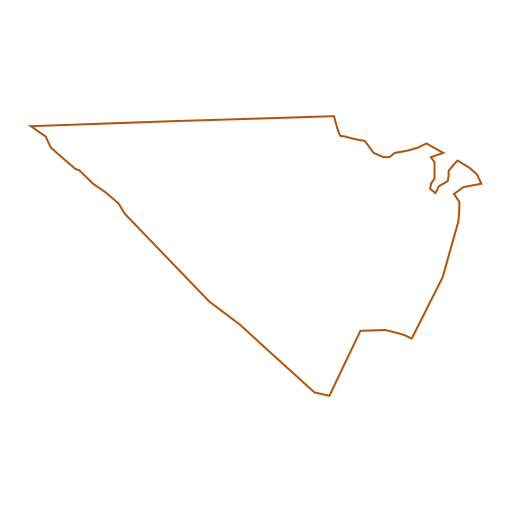 outline of Carjew, Chardzhou, Turkmenistan
{"feature_id": "10190150B55240389541589", "entity_name": "Carjew", "entity_type": "district", "adm_level": 2, "iso_a3": "TKM", "parent_name": "Turkmenistan", "parent_adm1": "Chardzhou", "projection": "natural_earth1", "projection_center": [63.051, 38.709], "detail": "fine", "context": "isolated", "style": "outline", "palette": "amber", "viewbox_px": 512, "rotation_deg": 0, "n_neighbors": 0, "source": "geoboundaries", "source_scale": "gbopen_adm2", "svg_char_len": 1435}
<svg xmlns="http://www.w3.org/2000/svg" viewBox="0 0 512 512"><path d="M223.8,312.5L240.1,324.8L259.4,342.5L267.5,349.9L314.4,392.4L329.4,395.8L329.8,395.0L333.9,386.3L339.2,375.2L339.6,374.3L360.4,330.9L361.2,330.8L384.2,330.0L385.2,330.0L395.8,332.6L399.7,333.7L404.6,335.2L408.2,336.9L411.7,338.6L442.6,277.3L454.0,236.9L458.4,221.4L459.3,210.2L459.3,205.5L459.3,201.7L454.1,194.2L453.9,194.0L463.6,187.1L468.0,186.3L481.3,183.7L481.0,183.0L478.7,178.1L476.8,174.3L476.1,173.6L468.9,167.4L457.9,160.8L457.4,160.6L456.6,161.5L456.3,161.9L452.1,166.5L449.4,169.9L448.6,170.8L448.6,173.6L448.6,175.7L448.6,176.0L447.8,180.8L447.7,181.1L447.1,181.5L438.9,186.2L436.5,191.0L435.4,193.1L435.0,192.8L431.6,190.0L430.1,188.8L430.6,186.1L430.8,185.0L431.0,183.7L432.8,181.0L434.5,178.5L434.5,177.7L434.5,177.0L434.5,172.5L434.5,162.3L432.1,158.8L430.9,157.1L436.7,155.1L437.8,154.8L443.3,152.9L426.5,143.5L418.3,147.4L417.7,147.7L408.9,150.3L405.3,151.0L394.8,152.9L391.7,155.3L389.5,157.1L386.2,157.1L383.7,157.1L383.3,157.1L382.3,156.7L373.6,152.9L368.8,146.3L364.8,140.9L355.1,139.2L345.4,136.6L340.1,135.8L337.7,129.5L337.5,128.9L335.3,121.1L334.0,116.2L333.9,116.2L174.5,121.1L32.7,126.1L30.7,126.1L36.7,130.3L45.7,136.6L48.8,143.3L50.9,147.7L61.8,157.2L66.7,161.4L75.5,169.1L79.0,170.0L87.4,178.2L93.0,183.7L101.3,189.4L105.4,192.2L118.5,203.4L124.7,213.7L209.2,301.5L223.8,312.5Z" fill="none" stroke="#b45309" stroke-width="2"/></svg>